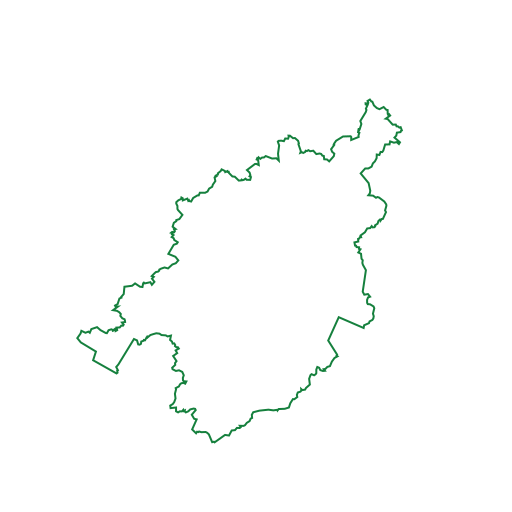 the district of Villanueva, Zacatecas, Mexico, rotated 23°
{"feature_id": "50627088B74435017119016", "entity_name": "Villanueva", "entity_type": "district", "adm_level": 2, "iso_a3": "MEX", "parent_name": "Mexico", "parent_adm1": "Zacatecas", "projection": "robinson", "projection_center": [-102.865, 22.335], "detail": "fine", "context": "isolated", "style": "outline", "palette": "green", "viewbox_px": 512, "rotation_deg": 23, "n_neighbors": 0, "source": "geoboundaries", "source_scale": "gbopen_adm2", "svg_char_len": 6120}
<svg xmlns="http://www.w3.org/2000/svg" viewBox="0 0 512 512"><g transform="rotate(23 256 256)"><path d="M383.2,280.2L382.6,277.5L386.2,273.7L386.1,271.8L388.1,269.4L388.4,267.6L387.9,265.4L386.2,263.4L385.3,257.9L383.9,256.5L379.9,255.9L377.7,256.6L376.6,255.7L375.4,253.0L375.3,250.4L376.9,248.9L373.9,247.3L370.8,249.3L368.2,247.2L362.7,226.1L357.8,222.3L356.6,220.8L355.9,218.2L354.2,217.3L351.8,212.9L348.8,212.8L349.5,209.0L348.0,209.2L347.5,207.7L345.1,208.5L344.1,207.4L343.1,207.7L341.3,205.0L344.5,202.7L343.3,200.4L344.2,199.6L344.2,198.2L345.4,197.6L344.2,196.3L347.0,191.6L347.6,187.2L350.2,185.7L350.8,183.3L352.1,184.1L353.8,183.2L354.1,182.0L353.6,181.3L355.3,178.7L355.0,176.0L355.9,173.9L356.5,173.7L356.9,174.5L357.3,172.8L358.3,172.3L358.5,164.8L357.0,163.6L356.4,158.8L355.7,157.6L352.8,155.7L346.4,154.1L344.7,154.3L343.7,155.5L340.2,154.7L335.7,156.2L336.3,153.9L335.7,151.3L331.2,144.9L320.1,139.1L322.3,132.8L325.2,131.5L327.5,128.6L327.4,125.1L328.5,122.4L328.8,118.8L327.5,115.4L330.1,114.8L330.0,111.5L331.6,111.0L332.0,109.2L331.3,102.9L335.3,101.1L334.7,98.1L338.7,97.8L341.0,96.2L343.8,97.1L344.1,95.1L337.2,92.9L338.1,90.4L337.5,87.4L340.6,85.5L340.6,84.1L341.2,83.4L338.8,80.9L337.8,81.8L335.9,81.2L334.7,81.7L333.3,80.4L330.5,81.7L323.7,78.5L321.8,78.9L324.6,74.3L323.0,73.4L322.4,74.3L321.7,73.7L320.1,70.2L318.8,70.5L315.3,69.0L312.3,72.6L309.4,72.6L305.7,71.3L302.8,68.5L301.8,68.7L299.7,67.5L298.1,69.7L299.5,71.0L299.6,71.9L297.2,72.6L297.7,73.6L299.7,73.6L299.6,77.5L300.6,78.4L300.8,80.7L299.3,91.0L301.4,93.3L301.9,98.6L300.9,99.0L301.1,100.0L302.7,100.4L301.1,100.2L301.6,102.2L303.0,102.2L303.2,104.9L304.0,106.3L298.3,112.0L297.2,109.3L296.3,108.8L289.4,112.0L284.7,118.6L284.0,122.0L284.0,123.2L284.6,123.3L283.4,128.3L285.3,130.3L288.1,131.2L288.6,133.7L286.4,140.3L283.7,139.4L281.0,140.3L279.3,137.4L277.9,137.7L276.1,136.6L274.5,136.8L271.7,138.6L267.6,136.7L264.9,138.4L262.9,138.1L261.9,139.5L260.6,139.7L260.6,141.0L259.2,142.7L257.7,142.5L256.5,143.7L256.4,142.1L251.3,136.4L251.5,135.6L249.7,133.5L245.7,132.2L244.1,133.1L240.2,132.0L238.9,132.5L239.6,133.5L239.7,135.5L237.0,136.4L236.8,139.4L234.1,140.0L231.8,141.2L231.4,142.2L234.1,145.2L236.3,153.2L239.7,159.3L236.6,158.1L232.7,160.0L225.9,160.2L224.8,162.2L223.1,163.0L222.0,164.9L219.8,164.2L219.8,165.4L218.9,165.4L218.9,166.9L220.5,166.9L223.0,171.2L220.3,171.1L219.1,171.7L214.1,180.4L217.5,181.7L219.3,183.9L218.9,185.1L220.5,185.3L220.9,188.2L217.6,189.5L216.1,188.9L215.1,190.6L214.0,191.5L212.9,191.3L212.8,192.2L210.7,193.3L205.5,191.3L203.2,192.0L198.6,190.1L198.0,189.2L197.0,189.7L196.5,189.0L194.9,190.8L194.1,189.9L190.5,189.7L190.3,191.6L188.6,194.8L189.1,195.9L187.4,197.9L187.4,198.8L188.0,198.7L187.2,199.9L189.3,202.9L188.4,207.1L188.6,209.4L186.5,212.3L186.2,215.6L184.4,217.7L179.6,219.7L179.6,222.6L178.4,223.1L175.5,227.1L175.0,231.2L173.0,231.5L172.5,230.9L172.1,231.7L170.4,230.0L166.9,233.4L166.0,231.5L164.5,231.3L164.8,232.8L162.8,235.0L161.6,237.6L162.1,238.9L164.1,240.6L165.3,243.4L166.3,244.2L172.2,246.9L171.0,252.0L168.6,254.1L169.0,255.1L167.4,257.5L167.8,261.6L171.4,262.6L170.1,263.5L171.6,264.8L171.4,266.1L169.4,266.6L168.8,267.8L170.4,267.6L170.2,268.8L171.9,269.0L171.0,271.5L173.3,271.8L174.5,273.2L178.6,273.9L178.3,275.6L175.9,277.8L174.5,288.3L182.1,288.2L186.2,290.4L185.0,294.0L182.3,296.5L179.9,301.8L176.3,302.3L173.5,304.8L172.3,306.3L172.6,307.3L172.0,308.6L170.1,309.9L169.3,311.6L167.9,315.2L170.0,315.2L169.1,317.5L172.6,319.5L171.4,323.2L169.0,321.4L164.3,324.7L163.2,324.3L162.8,325.2L163.6,328.9L161.3,329.6L155.4,328.5L153.6,331.8L146.9,335.7L149.1,342.7L147.9,346.4L148.4,346.9L146.9,348.5L147.4,354.4L145.6,356.7L146.7,357.6L148.6,356.6L145.6,361.7L149.5,360.8L152.1,361.2L154.2,362.2L154.5,364.1L157.3,365.6L159.7,365.6L160.5,366.5L161.3,367.9L158.6,369.6L161.0,370.9L160.8,372.1L159.2,372.7L158.5,375.0L155.6,376.4L157.2,378.5L156.4,379.5L156.1,378.0L154.8,377.9L154.4,378.6L155.4,379.1L153.4,380.8L152.8,380.0L151.5,380.0L149.3,381.9L148.9,385.3L147.8,385.6L141.8,385.0L137.5,383.6L133.0,387.6L133.0,391.6L131.3,391.1L129.0,393.3L124.5,393.1L124.8,395.9L123.6,401.4L128.5,404.0L146.0,406.5L146.8,415.6L173.5,418.6L174.1,417.5L173.0,415.7L173.5,415.1L170.7,412.8L171.7,409.6L176.1,380.1L179.5,380.2L182.1,383.4L183.5,383.1L184.4,381.8L183.8,379.6L185.4,378.1L185.6,378.7L185.6,377.1L186.8,376.9L187.1,373.7L187.7,373.7L187.6,372.7L188.2,372.9L189.7,370.0L191.9,368.1L194.4,366.1L197.5,365.2L199.9,365.7L204.0,364.3L206.0,364.6L208.8,362.5L209.7,366.8L212.1,367.6L213.5,369.2L214.9,368.4L216.4,369.5L216.6,370.6L218.5,371.1L219.7,370.5L221.1,371.4L218.9,374.3L221.4,376.2L218.8,380.4L223.9,383.8L223.3,386.2L224.2,387.8L222.5,391.6L223.4,392.8L227.2,393.1L229.8,391.3L233.4,391.5L236.1,394.0L236.3,396.8L237.4,399.0L238.4,399.5L240.9,398.7L240.7,401.2L238.9,401.1L237.0,402.3L236.2,403.8L236.0,406.2L233.7,409.0L234.5,410.0L235.2,414.5L237.6,418.6L237.8,422.5L237.2,424.9L235.5,427.2L236.8,429.4L241.6,426.7L243.1,430.2L245.4,430.4L246.5,428.8L248.5,428.0L249.2,426.0L250.0,427.0L250.8,426.0L251.0,426.9L252.5,427.4L254.4,425.4L255.4,422.9L258.2,420.8L259.7,420.5L260.7,421.4L258.9,427.2L262.7,430.0L265.2,429.6L265.0,440.6L270.1,442.6L270.4,440.8L271.8,440.6L272.2,439.8L274.6,439.5L278.4,437.7L280.1,437.8L282.3,438.6L288.4,444.5L289.8,443.4L290.7,443.7L297.4,432.8L301.3,431.8L301.8,426.1L304.7,424.5L305.6,421.7L308.2,420.7L308.8,419.5L307.5,418.6L311.0,417.2L312.0,416.0L312.7,413.2L314.6,410.5L314.6,407.8L315.7,406.6L314.2,403.8L314.5,400.9L319.6,397.0L327.5,392.6L332.3,391.3L335.8,389.2L336.2,389.7L336.7,388.0L342.2,385.4L345.5,382.6L345.1,378.1L345.9,373.3L347.2,372.9L349.1,369.7L347.9,367.9L347.8,365.3L349.9,363.5L350.3,362.1L349.6,360.8L351.1,361.3L353.4,359.8L353.6,357.9L355.8,353.3L352.9,348.3L352.7,344.4L353.3,343.1L356.1,343.1L357.1,341.5L357.3,340.3L355.9,337.0L355.8,334.2L357.8,334.2L359.8,335.9L362.5,335.7L364.3,334.7L362.6,333.7L364.0,332.8L365.0,330.2L367.1,328.5L367.1,323.6L368.1,319.2L370.2,316.5L369.1,316.3L369.2,315.1L355.5,305.6L356.1,280.0L383.2,280.2Z" fill="none" stroke="#15803d" stroke-width="2"/></g></svg>